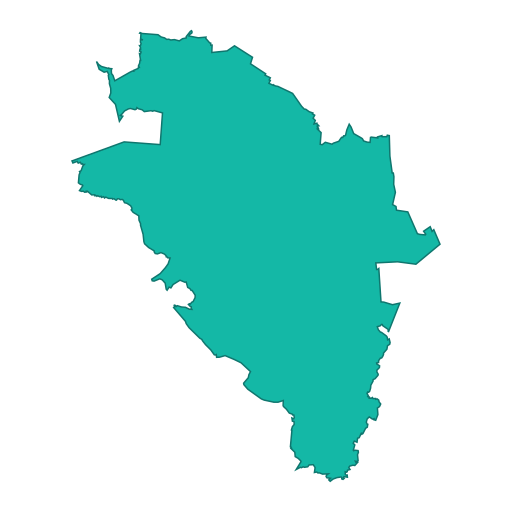 Ojuelos de Jalisco, Jalisco, Mexico
{"feature_id": "50627088B23067866653168", "entity_name": "Ojuelos de Jalisco", "entity_type": "district", "adm_level": 2, "iso_a3": "MEX", "parent_name": "Mexico", "parent_adm1": "Jalisco", "projection": "albers", "projection_center": [-101.727, 21.786], "detail": "fine", "context": "isolated", "style": "filled", "palette": "teal", "viewbox_px": 512, "rotation_deg": 0, "n_neighbors": 0, "source": "geoboundaries", "source_scale": "gbopen_adm2", "svg_char_len": 6004}
<svg xmlns="http://www.w3.org/2000/svg" viewBox="0 0 512 512"><path d="M109.2,97.5L115.5,104.4L119.4,121.3L122.8,116.2L120.2,115.5L120.4,115.2L121.3,114.8L124.6,110.9L128.6,108.8L130.6,108.5L135.0,109.7L136.3,109.1L136.9,107.6L138.3,108.7L142.2,109.8L144.3,111.6L150.9,110.7L152.7,111.2L154.1,110.6L162.5,112.9L160.2,144.6L124.1,141.9L72.0,160.9L72.9,163.0L77.2,161.4L78.2,163.1L80.4,162.3L81.3,164.1L82.4,163.7L82.9,164.5L84.2,164.5L82.8,166.0L81.1,170.7L79.6,171.5L80.1,172.1L79.1,174.9L78.4,182.8L80.3,184.3L82.5,185.0L82.8,185.7L79.5,190.6L81.5,191.4L83.3,191.2L84.6,192.2L86.5,192.0L86.3,191.2L87.4,191.2L91.7,194.9L94.7,194.8L95.1,195.1L94.9,195.7L96.3,195.7L96.9,196.3L97.7,195.7L99.6,196.7L101.2,196.3L101.5,197.4L103.6,196.7L104.5,198.0L105.8,197.1L108.5,198.4L112.3,198.5L112.6,199.1L114.0,198.7L115.9,200.1L116.5,200.1L117.4,198.8L119.0,198.8L120.4,199.7L122.2,199.4L123.4,200.3L124.5,202.7L126.9,203.3L130.6,205.7L131.9,208.0L131.8,209.4L131.2,209.9L133.2,212.4L138.8,215.8L139.0,220.2L140.6,223.8L140.5,225.1L143.1,234.3L143.9,241.7L144.6,243.8L148.6,247.5L154.2,250.9L154.2,251.9L155.2,253.5L157.4,253.9L161.0,252.6L164.5,254.1L166.1,255.7L166.2,256.8L167.3,257.1L167.7,257.8L170.1,258.0L168.1,263.9L165.3,267.8L160.2,273.6L151.7,279.2L152.2,280.8L154.1,281.1L159.8,278.8L162.3,279.9L165.2,283.2L166.2,289.2L167.1,290.2L169.1,287.1L170.9,287.9L173.1,284.5L180.0,280.2L184.8,282.2L186.2,282.0L187.7,287.4L189.9,288.6L191.1,290.4L192.2,290.5L195.2,295.3L195.1,297.6L193.1,301.6L191.8,302.2L190.2,304.1L189.5,303.7L188.4,304.4L190.0,306.2L191.3,306.8L191.2,308.2L191.9,309.4L189.3,309.2L185.5,307.3L181.5,307.0L177.4,305.7L176.1,306.6L175.7,305.6L174.6,305.1L174.2,305.3L174.8,306.3L173.6,307.5L185.5,321.4L186.2,323.6L189.1,327.7L199.8,338.2L202.0,339.5L202.3,340.5L205.5,344.6L210.8,349.9L214.3,354.8L215.6,355.0L216.3,354.6L216.6,357.3L219.5,357.2L225.1,355.6L234.3,359.5L241.1,362.8L250.5,371.6L248.9,374.7L248.3,377.7L243.6,383.2L243.9,384.7L247.8,389.2L261.3,398.9L264.2,400.1L273.9,402.2L278.0,402.2L283.3,400.5L283.1,405.5L283.5,406.5L286.4,409.2L289.3,413.1L292.2,414.1L292.7,415.0L293.8,415.0L294.3,417.5L293.7,418.8L291.9,418.0L292.4,421.2L294.0,421.5L294.2,424.4L292.4,426.6L291.4,430.1L291.9,430.4L290.4,446.8L291.1,447.2L290.8,448.2L291.5,448.4L291.3,448.8L294.8,452.2L295.2,456.6L298.1,458.3L300.7,460.8L301.0,461.7L296.2,469.5L300.4,467.3L301.4,467.7L303.2,466.8L304.3,467.3L307.7,466.8L309.2,464.9L313.3,464.7L315.1,467.6L314.4,472.5L316.7,472.0L318.0,473.0L319.2,472.8L322.6,474.1L328.3,473.8L326.5,475.2L326.1,476.5L326.9,477.8L330.5,478.3L328.8,479.9L330.2,481.3L333.2,479.0L337.0,477.6L341.1,477.0L341.8,477.5L341.7,478.9L343.0,479.4L344.2,478.4L343.5,477.8L343.9,476.6L347.4,477.2L347.2,475.0L346.3,475.1L345.3,474.4L345.2,471.8L346.6,472.2L347.2,471.7L347.5,470.2L350.0,469.5L348.8,467.5L349.7,466.1L352.9,465.2L354.8,465.5L357.5,462.5L355.8,462.2L355.3,461.2L357.2,461.5L358.1,460.8L357.5,454.7L358.4,452.3L358.1,450.6L354.9,450.2L353.7,450.7L353.3,450.2L354.8,444.9L353.2,443.3L354.3,441.1L357.0,442.2L357.6,438.2L359.2,437.7L361.3,433.2L362.2,433.3L362.2,434.0L362.9,433.6L365.6,428.3L367.3,427.2L367.8,424.3L367.1,424.1L366.3,422.2L367.1,419.1L367.8,418.3L369.3,416.9L372.4,419.1L374.0,418.7L373.8,419.7L375.7,420.3L377.9,414.6L377.4,408.0L379.5,406.6L380.7,404.0L379.1,401.9L378.7,400.1L377.1,398.9L375.8,399.3L375.6,398.5L373.0,398.6L372.4,397.5L371.2,398.3L369.3,398.2L369.6,397.4L368.6,396.4L368.5,396.9L367.9,396.6L367.4,397.1L368.2,395.6L367.0,393.4L367.7,392.0L368.6,392.3L369.7,391.2L370.6,388.1L370.8,385.3L373.0,381.2L373.1,379.6L375.1,378.7L378.0,375.3L378.2,374.2L376.9,372.0L376.9,370.2L379.4,367.6L379.6,365.8L376.8,364.0L376.6,362.9L378.6,362.5L378.6,360.7L380.4,358.1L381.6,358.0L382.6,356.6L383.5,354.6L383.5,353.1L386.9,349.2L387.5,345.7L389.7,344.3L390.1,342.5L389.2,338.9L387.6,339.8L387.2,337.2L386.4,336.0L381.4,332.3L380.5,332.2L378.3,329.7L377.3,326.6L380.1,325.9L381.6,324.4L382.3,324.5L382.8,325.7L388.3,329.5L388.1,331.2L388.6,331.5L399.8,303.1L392.5,304.7L383.8,302.1L381.0,301.9L378.8,268.5L377.7,269.4L376.6,269.5L375.8,262.9L397.6,261.8L415.9,264.2L440.0,244.2L433.8,229.7L432.1,231.4L430.2,226.7L423.6,231.2L425.7,234.2L425.3,234.9L419.7,234.4L417.4,233.7L407.8,211.9L396.5,210.2L396.0,206.5L392.6,204.6L395.4,192.3L393.7,184.3L393.9,176.7L393.3,173.0L392.2,173.0L389.9,156.1L389.3,135.6L387.3,135.2L386.8,136.7L382.3,136.7L381.9,136.6L381.9,135.6L377.5,136.9L377.7,137.9L371.3,137.1L370.5,137.4L370.1,142.4L367.0,142.1L363.6,140.9L362.4,138.7L360.9,137.7L353.7,133.6L351.1,127.1L349.2,124.2L346.8,130.0L345.6,135.1L344.7,135.9L343.7,135.8L342.7,137.5L342.0,137.2L341.1,137.9L338.8,141.3L333.3,143.2L332.1,144.2L325.3,142.3L322.2,144.7L320.2,144.3L321.1,132.6L317.4,129.1L318.6,128.9L318.0,127.5L317.5,127.5L317.2,126.1L318.8,125.8L317.0,123.9L316.9,123.2L314.0,123.9L315.3,120.4L313.1,118.2L314.7,115.2L312.5,113.9L312.9,113.0L309.2,111.7L305.7,109.2L304.4,109.2L301.6,106.3L292.6,93.4L277.9,86.4L275.2,85.9L273.4,84.8L273.2,85.3L268.9,83.3L270.3,80.5L269.2,79.9L270.3,77.8L265.0,75.2L265.7,73.8L250.5,63.8L252.5,57.3L234.5,45.8L227.1,50.9L211.8,52.5L212.1,45.1L210.8,45.2L210.7,43.1L209.7,42.9L205.7,38.3L206.0,37.1L198.3,37.8L189.0,36.0L189.7,34.5L191.7,33.2L192.1,32.0L191.5,30.7L190.4,31.3L186.2,36.6L186.3,37.9L182.5,38.7L179.3,40.9L174.4,39.6L170.7,40.0L168.8,39.2L166.7,39.4L164.6,37.9L161.2,37.0L158.0,34.7L142.3,33.5L140.1,32.6L139.7,33.2L141.0,33.5L140.6,38.9L142.9,39.9L140.5,39.8L140.4,42.1L141.1,43.5L140.4,45.8L139.6,45.7L140.5,47.5L140.6,49.4L140.0,49.2L139.6,51.1L141.1,52.0L140.4,53.9L139.5,53.6L140.6,60.4L140.0,60.4L139.6,63.3L138.5,65.7L139.2,67.2L138.4,67.1L138.2,68.4L133.4,70.5L133.7,71.2L132.0,71.2L129.8,72.3L114.8,80.8L113.0,75.5L111.5,73.5L111.3,70.3L111.8,68.7L109.2,68.5L108.8,68.0L108.3,68.4L101.5,66.5L98.6,64.5L96.5,61.5L99.2,69.3L104.1,72.2L107.2,71.4L108.8,74.6L108.3,75.3L108.8,79.2L109.5,80.4L109.4,83.7L110.7,88.3L110.8,93.0L109.2,97.5Z" fill="#14b8a6" stroke="#0f766e" stroke-width="1.5"/></svg>